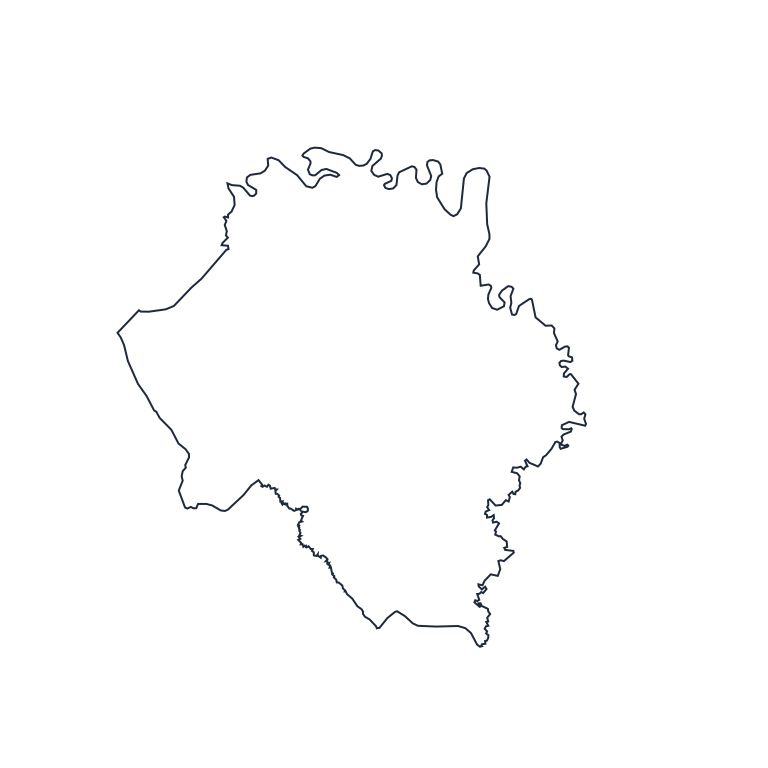 Kanthararom, Si Sa Ket, Thailand (Mercator projection), rotated 313°
{"feature_id": "78962969B19002153549753", "entity_name": "Kanthararom", "entity_type": "district", "adm_level": 2, "iso_a3": "THA", "parent_name": "Thailand", "parent_adm1": "Si Sa Ket", "projection": "mercator", "projection_center": [104.547, 15.116], "detail": "fine", "context": "isolated", "style": "outline", "palette": "slate", "viewbox_px": 768, "rotation_deg": 313, "n_neighbors": 0, "source": "geoboundaries", "source_scale": "gbopen_adm2", "svg_char_len": 6154}
<svg xmlns="http://www.w3.org/2000/svg" viewBox="0 0 768 768"><g transform="rotate(313 384 384)"><path d="M546.5,217.2L539.3,220.6L533.3,221.2L529.7,219.9L526.5,217.0L525.0,213.7L525.7,205.1L523.6,198.1L516.2,185.6L513.7,177.3L509.6,172.1L505.9,169.6L497.9,168.1L495.4,168.5L495.2,170.2L497.2,174.5L496.7,178.3L495.3,179.8L488.9,182.2L486.8,186.6L487.8,189.4L489.6,191.3L498.0,192.4L502.0,195.2L506.2,205.5L506.2,208.7L503.2,208.2L500.4,201.9L495.8,198.3L490.4,197.1L481.9,198.9L478.7,197.8L475.6,192.3L477.5,178.1L475.3,163.7L475.8,154.3L472.8,147.2L469.3,145.4L464.7,150.4L458.7,151.4L453.8,150.0L445.8,143.6L441.5,142.9L438.1,145.4L436.8,148.8L438.8,158.2L436.2,160.6L433.4,160.6L431.7,159.7L430.4,157.5L431.6,147.1L430.8,143.5L425.7,137.1L424.0,132.7L421.0,136.9L418.6,146.7L413.0,152.7L406.2,154.9L401.6,154.4L399.4,156.3L398.0,153.5L396.7,153.1L395.8,157.5L391.7,159.1L388.5,164.9L384.9,167.0L384.5,170.0L377.1,169.7L374.8,170.6L378.7,175.6L376.6,178.3L374.5,177.2L336.5,178.7L323.1,177.4L297.7,177.1L289.7,173.4L276.6,162.8L271.0,156.6L270.8,154.5L239.7,154.2L238.5,159.7L235.2,167.3L226.1,181.1L216.3,204.0L213.3,218.6L207.9,233.8L208.4,236.5L206.2,243.0L205.5,259.7L200.3,274.3L201.0,283.3L199.8,289.1L197.3,291.5L189.2,293.9L187.6,296.1L183.0,296.2L178.6,298.9L176.0,302.7L166.1,306.6L158.0,322.7L158.8,325.1L162.4,326.6L163.1,329.3L165.1,331.4L169.5,329.8L175.1,335.8L178.0,341.2L180.2,350.9L182.7,354.3L185.6,355.5L206.9,357.0L219.3,356.1L228.1,357.8L227.3,363.5L225.7,363.9L226.0,365.3L228.3,365.9L229.0,368.5L231.5,368.2L231.8,369.9L230.2,372.6L233.4,374.9L232.7,376.3L233.8,377.6L231.5,377.6L229.9,379.7L230.9,381.0L230.9,383.4L229.6,383.9L229.8,385.7L227.3,388.4L229.0,389.8L227.0,390.4L226.5,392.0L228.4,392.0L228.2,393.1L229.6,393.6L229.1,394.5L230.3,395.0L228.9,396.5L228.3,399.7L229.2,400.5L229.9,404.8L231.9,405.7L232.9,404.8L233.4,406.7L234.7,406.8L235.3,408.2L238.8,408.1L241.7,411.5L240.8,413.6L238.8,414.9L236.7,414.0L234.6,410.5L234.5,411.8L232.2,411.8L231.5,413.2L232.3,414.7L227.3,416.5L227.5,417.8L225.1,416.3L222.2,417.2L222.7,418.5L221.2,418.6L221.3,419.9L220.0,420.7L219.9,422.1L218.8,422.3L218.2,424.4L215.8,425.2L216.4,426.8L214.1,425.7L213.7,428.4L211.5,427.6L211.3,431.7L209.9,432.4L211.3,433.6L210.0,436.0L211.5,436.1L211.5,438.1L212.5,437.7L212.3,439.0L213.9,439.6L213.4,443.0L214.7,444.5L212.8,445.2L213.0,447.4L210.8,449.6L212.3,452.1L214.3,451.7L213.4,452.5L213.8,456.2L215.3,455.2L217.0,456.3L217.6,459.9L217.3,462.2L214.9,462.3L216.0,463.1L214.1,464.9L215.7,465.9L213.9,466.5L214.6,468.4L212.6,469.4L213.7,470.2L210.3,474.8L210.6,475.9L209.4,476.1L209.6,478.7L208.4,479.1L208.3,482.5L206.7,484.8L207.9,486.3L208.2,490.9L206.5,493.4L206.5,496.0L205.5,496.7L206.3,497.2L205.1,500.3L205.4,507.2L203.3,516.1L204.0,521.1L203.2,524.0L201.6,525.3L200.8,528.7L202.0,534.0L201.4,543.5L200.4,545.3L202.5,547.0L215.2,546.1L224.4,547.4L226.7,548.5L228.5,557.6L228.6,568.4L230.3,573.7L242.0,587.4L257.5,603.2L260.9,610.0L261.2,617.4L256.9,629.8L257.3,633.4L259.0,634.4L259.0,633.5L260.5,633.1L263.2,635.3L265.0,633.2L266.5,634.3L269.3,633.4L271.5,631.7L271.2,628.9L273.4,628.1L273.6,624.6L276.2,623.8L278.3,625.2L279.7,621.1L281.4,622.2L283.4,618.9L288.2,618.5L288.8,615.3L290.4,613.3L288.3,606.8L289.5,604.2L288.2,602.8L286.3,606.8L286.0,599.0L288.1,598.2L288.9,600.2L291.1,600.9L294.0,595.4L295.7,596.9L298.2,597.0L298.7,599.1L304.0,598.8L304.7,596.2L300.5,595.7L300.6,591.2L301.9,589.7L304.0,593.3L308.8,591.7L317.6,591.9L321.3,598.1L327.9,595.3L332.5,588.4L334.6,589.5L336.3,592.5L349.2,593.9L350.1,592.4L345.3,585.7L346.2,583.7L348.8,585.2L352.5,581.1L351.7,576.6L352.3,573.2L350.9,571.8L349.7,568.1L352.4,566.6L352.5,564.9L360.5,563.2L360.1,560.3L357.0,558.2L358.3,556.3L360.9,556.0L362.9,553.6L360.0,553.0L356.6,550.5L358.5,548.5L357.9,546.4L360.0,545.4L363.5,546.9L364.3,543.4L366.6,542.9L369.9,539.4L371.8,540.0L371.2,548.5L375.9,552.6L382.1,552.3L383.0,555.3L387.1,553.2L387.9,550.8L392.7,551.2L391.9,553.8L392.9,555.2L394.9,553.7L397.4,554.7L400.9,554.4L402.1,552.4L404.3,551.4L405.7,548.4L409.0,546.2L409.5,542.2L406.8,537.3L411.1,535.4L413.4,538.3L416.8,540.4L416.9,544.5L420.1,544.0L421.7,545.1L424.0,539.5L426.0,539.7L425.6,544.2L428.7,552.9L432.7,552.9L438.9,550.3L442.5,551.1L450.8,550.7L458.5,548.9L460.0,550.0L460.6,552.7L457.6,555.6L457.1,557.4L463.3,561.0L464.6,560.8L464.7,559.5L461.9,558.2L460.6,555.2L461.6,554.0L464.6,553.2L466.6,549.7L469.5,549.8L476.6,553.1L479.2,551.9L479.3,551.1L477.0,550.1L473.0,545.6L473.0,543.9L475.1,542.2L482.5,545.2L490.7,559.6L492.6,558.9L495.1,554.1L499.2,552.0L499.4,549.5L496.3,548.8L494.9,547.3L494.3,541.4L495.9,537.5L507.6,531.3L509.7,527.3L516.8,526.0L518.7,514.0L517.6,513.0L513.7,512.8L512.1,510.3L514.4,508.4L520.7,508.2L520.4,504.7L517.6,502.4L517.6,499.8L519.1,497.9L521.6,497.8L523.7,499.5L527.2,505.4L529.5,505.9L531.7,503.3L530.3,500.2L530.6,499.0L536.7,494.5L536.6,492.4L534.8,490.9L528.6,488.9L527.9,486.0L529.6,483.3L533.6,482.0L537.2,473.5L540.9,470.7L541.1,466.7L536.8,462.4L536.1,449.4L546.7,434.5L546.4,433.1L544.9,432.3L533.2,429.5L525.4,432.9L523.5,432.4L522.1,430.3L525.8,424.3L530.2,421.8L534.5,416.7L542.0,413.6L542.1,411.0L540.3,408.1L532.7,406.6L527.8,407.3L526.3,409.2L525.9,416.6L522.7,418.7L515.5,416.1L513.3,411.2L514.8,405.6L517.2,401.9L520.7,399.3L527.6,396.9L528.7,395.2L528.2,392.7L521.8,387.7L529.2,379.6L528.7,376.9L526.3,373.4L528.2,372.2L536.4,372.0L541.3,365.5L554.0,364.5L562.0,362.2L565.5,358.9L571.2,350.5L585.9,335.6L607.5,319.9L610.0,313.6L610.0,310.6L606.9,306.3L601.7,302.5L594.6,300.6L588.8,302.3L564.8,320.5L558.0,321.8L554.1,320.3L553.2,317.1L553.1,309.2L556.8,295.5L561.4,289.7L567.4,284.8L573.2,282.4L577.5,283.2L583.0,275.4L583.6,271.9L581.2,267.1L578.6,264.8L576.1,264.3L573.2,266.3L568.3,276.7L564.7,278.7L559.5,278.4L555.9,275.5L554.8,271.0L556.5,266.8L562.9,261.6L563.5,258.2L562.2,255.9L549.2,250.7L545.7,251.7L538.0,257.4L533.4,257.4L529.9,254.7L528.4,251.3L529.4,248.4L531.0,248.1L537.6,250.8L539.9,249.5L541.1,246.1L539.9,243.1L531.7,238.4L530.2,234.2L531.2,229.4L535.6,226.8L546.6,228.0L549.7,226.7L551.1,224.9L550.9,220.5L548.9,217.9L546.5,217.2Z" fill="none" stroke="#1e293b" stroke-width="2"/></g></svg>